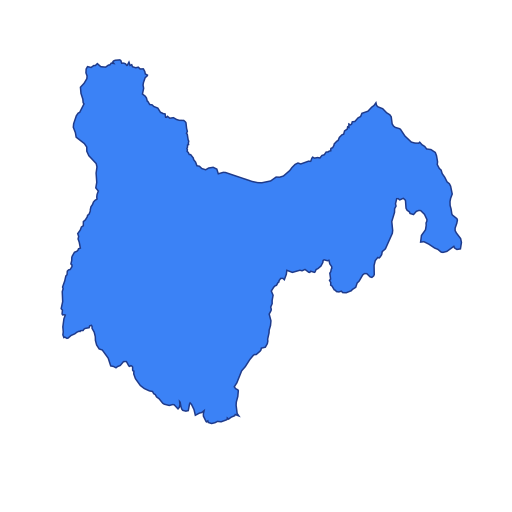 the district of Curití, Santander, Colombia, rotated 9°
{"feature_id": "7082276B68920496479863", "entity_name": "Curití", "entity_type": "district", "adm_level": 2, "iso_a3": "COL", "parent_name": "Colombia", "parent_adm1": "Santander", "projection": "equal_earth", "projection_center": [-73.025, 6.613], "detail": "fine", "context": "isolated", "style": "filled", "palette": "blue", "viewbox_px": 512, "rotation_deg": 9, "n_neighbors": 0, "source": "geoboundaries", "source_scale": "gbopen_adm2", "svg_char_len": 6008}
<svg xmlns="http://www.w3.org/2000/svg" viewBox="0 0 512 512"><g transform="rotate(9 256 256)"><path d="M120.5,94.3L118.2,93.5L117.3,91.2L115.5,88.8L112.3,89.4L110.2,87.9L107.8,88.9L104.4,88.4L103.3,86.5L101.8,87.5L100.2,84.4L99.0,87.8L98.5,88.0L97.1,86.6L95.2,86.2L93.2,86.6L91.9,84.1L90.8,83.6L86.3,84.7L84.7,85.7L84.2,86.8L85.5,88.1L82.9,88.1L81.8,90.1L80.4,90.5L77.9,93.0L73.1,93.3L69.2,90.8L67.5,93.0L65.9,93.3L63.6,95.6L60.0,95.3L59.0,97.9L59.4,101.7L61.0,104.6L61.2,107.3L59.2,112.3L56.2,116.8L57.7,122.8L60.4,128.1L61.3,131.6L62.3,132.7L59.4,141.7L58.0,142.7L56.6,145.6L55.2,153.9L55.4,157.4L58.3,162.4L59.8,166.8L68.9,171.8L71.8,174.9L72.5,179.0L75.2,183.1L83.7,189.7L85.0,192.9L85.1,199.1L87.2,208.2L87.1,213.8L90.1,216.5L89.4,220.0L89.5,222.8L90.1,224.6L88.2,226.3L87.0,228.2L86.5,230.7L85.3,233.2L85.1,236.2L85.3,237.5L84.6,240.7L83.3,242.2L83.2,243.8L81.7,247.2L80.1,249.0L80.7,253.1L79.0,254.7L78.4,257.8L76.4,261.8L77.8,264.4L77.6,267.0L79.2,269.9L81.3,275.7L79.6,276.6L79.2,278.2L78.3,279.4L76.1,280.7L74.5,284.9L74.3,286.2L74.7,289.4L74.4,292.8L75.6,293.6L75.9,295.3L74.6,298.4L73.1,299.0L72.0,300.5L72.3,304.0L71.3,305.5L71.0,310.4L69.8,316.9L70.6,318.5L70.2,321.5L72.2,331.3L71.8,338.5L73.3,339.7L73.5,343.5L73.9,344.1L74.4,344.5L75.3,344.0L76.9,344.2L76.1,348.1L76.3,356.2L77.5,361.1L77.6,364.1L79.0,366.6L79.8,366.0L82.1,366.9L83.2,366.5L85.8,363.4L89.2,361.2L91.1,359.2L93.0,358.0L94.0,358.1L94.4,357.2L96.9,356.6L97.3,355.5L98.5,354.3L102.4,352.9L102.6,351.1L104.2,350.2L105.1,351.2L105.4,353.1L108.1,356.5L109.9,360.8L110.6,364.5L112.5,368.8L115.6,372.3L118.9,372.9L126.0,380.0L129.7,387.3L132.6,387.4L135.2,388.3L136.6,386.8L139.0,385.4L141.7,381.0L144.5,380.5L147.6,384.5L148.6,384.8L149.3,383.9L150.0,383.9L151.1,384.5L151.5,385.0L152.0,388.0L152.4,388.6L153.4,388.8L153.7,391.6L156.1,396.0L162.0,402.0L166.4,404.4L171.8,405.9L175.0,406.0L176.5,408.0L178.2,408.6L179.8,410.7L182.7,412.2L186.9,416.0L188.5,416.7L193.7,417.2L196.8,415.8L198.4,415.7L202.9,419.2L203.9,417.5L204.1,414.7L203.3,411.7L204.0,412.3L205.4,416.5L206.6,418.8L207.8,419.9L211.0,420.2L213.3,419.3L213.5,412.5L213.9,411.4L215.6,412.8L218.8,417.4L221.0,422.8L224.7,420.0L226.9,419.1L228.9,416.9L228.7,420.1L229.1,422.4L232.5,427.2L233.0,427.6L234.2,426.4L234.9,427.9L238.4,428.4L241.7,427.0L243.8,425.4L247.5,425.2L252.4,422.5L253.1,421.9L253.0,420.5L254.4,421.4L256.8,419.0L259.9,417.1L260.3,415.8L264.0,416.6L262.0,414.5L259.7,406.5L259.4,403.3L260.0,397.6L259.6,391.8L259.1,391.1L256.6,390.2L255.0,388.6L256.9,384.3L259.8,371.6L262.7,367.0L266.1,359.2L268.9,354.5L269.9,353.6L271.6,353.3L274.9,349.4L275.6,348.0L275.7,346.2L279.5,344.6L280.9,340.8L281.0,338.3L280.5,336.2L280.9,329.9L280.6,327.1L281.2,322.3L280.9,317.7L278.1,311.3L279.4,307.6L279.4,306.2L278.5,304.1L279.4,300.6L278.9,297.5L279.0,292.1L276.6,288.2L278.4,284.0L279.7,282.3L280.8,281.8L281.9,278.7L282.6,278.2L282.7,276.5L283.9,274.3L286.1,273.9L287.7,275.0L288.8,269.4L288.7,265.3L294.5,266.5L301.6,263.2L303.8,263.4L306.5,261.6L310.6,263.8L311.7,263.8L312.4,262.5L316.3,263.0L316.8,262.5L317.5,259.9L319.1,258.8L321.7,255.8L323.0,252.0L323.0,249.9L323.9,249.1L327.3,249.5L328.7,248.8L330.1,252.2L332.4,254.6L332.8,256.4L332.4,257.0L332.3,259.8L331.6,261.4L333.3,267.1L332.4,268.5L334.0,270.5L334.3,273.1L335.8,273.8L338.6,277.2L339.4,277.3L341.2,278.6L343.5,278.5L345.8,277.4L347.4,278.6L350.8,278.2L355.7,275.3L356.3,274.1L359.4,271.3L360.1,266.9L361.8,264.6L364.4,257.9L365.9,256.4L368.2,256.1L372.0,258.8L373.8,259.0L375.3,257.3L375.7,255.8L374.1,246.9L374.5,241.9L376.5,238.4L377.9,238.7L378.8,237.5L379.9,235.0L380.0,231.9L382.7,228.7L387.1,212.3L387.0,209.4L384.7,200.7L386.0,191.2L385.5,187.6L386.5,184.8L385.6,182.6L386.0,177.4L387.5,177.1L389.2,178.1L392.4,176.0L394.4,177.2L395.0,178.0L396.7,185.3L398.1,187.2L400.6,188.4L401.5,189.9L405.1,190.4L407.4,186.8L409.8,185.5L411.6,185.4L415.9,188.5L419.1,193.2L419.3,194.8L418.8,196.8L419.3,199.1L419.3,203.6L416.2,209.8L416.4,216.5L419.6,215.6L424.7,217.2L431.2,220.2L434.6,221.0L438.3,223.2L440.1,223.2L443.8,221.6L449.9,215.5L450.8,217.0L453.4,218.1L456.8,217.0L456.8,210.5L455.4,206.8L450.3,201.9L448.7,199.8L448.3,197.3L449.2,192.2L449.3,189.0L448.6,187.7L443.5,184.8L442.8,183.7L441.3,179.0L439.8,175.7L439.1,171.9L439.2,168.6L440.1,164.1L437.3,156.6L435.7,154.4L433.1,152.9L430.1,148.7L427.0,145.5L425.4,142.2L423.4,140.9L420.7,137.3L420.6,134.6L418.6,128.7L416.9,125.7L412.1,123.5L407.8,123.6L405.5,121.4L402.5,120.1L399.9,118.0L399.1,119.1L395.4,119.6L391.6,119.2L384.3,114.2L379.0,108.4L378.0,107.8L373.4,107.2L371.5,106.2L369.8,104.2L367.8,97.4L366.1,95.6L362.6,94.1L358.1,90.7L353.1,89.6L351.5,88.4L350.5,85.9L349.0,88.9L347.0,90.9L343.9,95.5L338.3,98.5L337.5,101.9L335.2,103.6L332.6,107.7L330.1,108.4L329.8,110.8L328.9,111.7L327.1,111.1L327.6,114.5L326.3,114.1L326.3,116.3L323.9,118.6L323.5,122.0L322.0,122.8L319.8,125.8L319.0,129.1L317.9,129.9L315.7,133.1L315.7,134.5L314.7,137.2L313.5,137.7L313.1,138.5L313.4,140.4L311.8,141.0L311.0,141.9L309.0,142.4L307.6,145.3L305.4,146.4L303.8,149.2L301.5,149.1L298.4,150.2L296.5,149.5L295.8,150.9L295.3,153.7L294.7,154.1L293.1,154.1L285.8,158.1L282.9,157.6L280.3,159.4L277.7,163.0L276.0,166.3L270.6,172.7L267.0,174.5L263.5,174.9L258.7,179.6L250.2,182.8L246.2,183.3L240.4,183.0L212.8,178.3L210.6,178.5L205.9,180.7L203.7,176.3L199.8,175.1L195.5,176.5L192.8,178.7L188.8,178.1L186.1,176.2L183.5,176.1L181.7,172.8L179.2,170.4L178.8,169.1L175.6,166.1L174.2,166.2L172.9,164.3L171.6,163.5L171.6,161.7L170.9,160.7L171.3,159.4L171.0,157.1L172.0,156.5L171.5,155.2L171.6,153.1L170.8,151.9L169.1,146.6L168.1,145.7L168.7,143.7L167.5,140.9L166.0,135.4L165.3,134.6L163.4,133.4L159.0,134.0L156.2,133.6L152.8,132.3L149.3,133.4L146.7,131.9L146.0,133.0L145.0,133.1L144.0,129.9L141.2,129.8L140.6,129.2L139.3,129.2L135.9,125.3L131.6,124.3L129.8,123.0L127.3,123.0L125.0,120.2L124.4,120.1L123.1,117.1L121.6,115.5L118.5,113.8L118.8,107.9L117.7,104.9L117.7,102.4L118.6,97.3L120.5,94.9L120.5,94.3Z" fill="#3b82f6" stroke="#1e3a8a" stroke-width="1.5"/></g></svg>